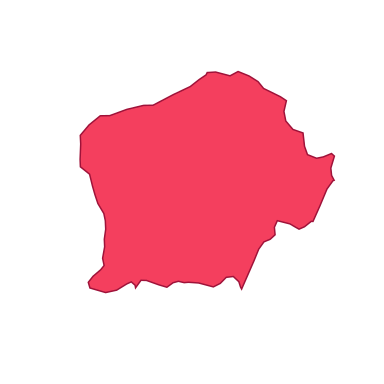 Hagfors, Värmland, Sweden, rotated 294°
{"feature_id": "70781695B31376401870693", "entity_name": "Hagfors", "entity_type": "district", "adm_level": 2, "iso_a3": "SWE", "parent_name": "Sweden", "parent_adm1": "Värmland", "projection": "robinson", "projection_center": [13.623, 60.101], "detail": "fine", "context": "isolated", "style": "filled", "palette": "rose", "viewbox_px": 384, "rotation_deg": 294, "n_neighbors": 0, "source": "geoboundaries", "source_scale": "gbopen_adm2", "svg_char_len": 1235}
<svg xmlns="http://www.w3.org/2000/svg" viewBox="0 0 384 384"><g transform="rotate(294 192 192)"><path d="M198.3,66.9L190.6,70.8L176.3,76.5L169.6,79.8L166.6,91.2L156.8,98.8L150.0,104.5L143.2,110.7L136.5,120.2L130.5,124.5L122.9,128.3L113.2,131.1L106.4,134.5L95.1,137.3L89.1,141.6L83.8,140.2L74.8,135.9L67.3,134.0L62.8,137.8L65.0,154.0L71.7,163.1L81.5,169.8L85.2,173.1L83.7,177.9L81.5,179.4L90.6,181.3L92.7,186.4L93.7,199.4L94.8,207.8L101.4,211.6L104.9,215.9L106.0,221.7L108.1,225.5L111.6,235.1L114.0,250.1L120.0,255.0L128.0,258.0L131.6,264.1L129.1,271.3L124.9,275.0L123.5,276.8L154.3,276.6L167.0,276.2L175.7,278.0L180.7,282.7L186.7,285.3L193.3,281.6L200.5,281.6L202.7,294.4L202.0,300.7L201.6,304.9L206.0,308.9L213.7,312.9L214.3,314.5L231.5,314.5L249.7,314.1L259.7,316.2L260.5,317.1L263.9,312.8L270.3,309.1L282.7,307.5L283.9,303.8L277.5,297.7L273.5,292.1L273.1,282.3L279.5,276.2L291.1,269.4L290.2,258.8L295.0,248.8L303.0,243.2L313.8,241.1L315.0,234.0L315.7,215.3L319.7,207.4L321.2,197.0L320.8,185.1L313.6,179.5L311.2,164.8L307.3,157.3L304.7,157.2L297.8,152.9L287.6,147.5L273.6,135.5L255.4,121.1L251.4,112.5L241.0,98.9L228.3,85.8L224.3,77.2L211.5,70.7L202.8,68.2L198.3,66.9Z" fill="#f43f5e" stroke="#9f1239" stroke-width="1.5"/></g></svg>